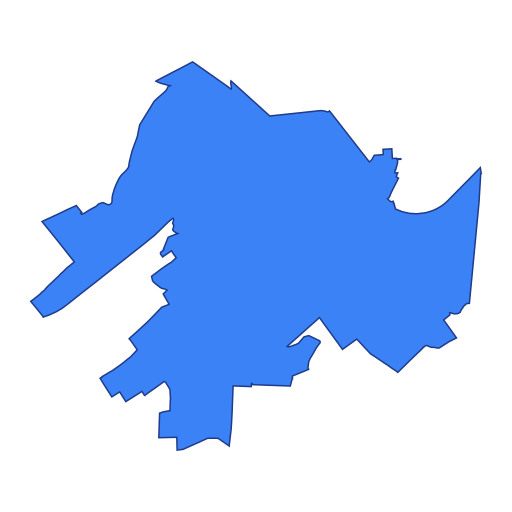 outline of Ovidiu, Constanta, Romania
{"feature_id": "2599482B69987061375361", "entity_name": "Ovidiu", "entity_type": "district", "adm_level": 2, "iso_a3": "ROU", "parent_name": "Romania", "parent_adm1": "Constanta", "projection": "orthographic", "projection_center": [28.5, 44.253], "detail": "fine", "context": "isolated", "style": "filled", "palette": "blue", "viewbox_px": 512, "rotation_deg": 0, "n_neighbors": 0, "source": "geoboundaries", "source_scale": "gbopen_adm2", "svg_char_len": 5881}
<svg xmlns="http://www.w3.org/2000/svg" viewBox="0 0 512 512"><path d="M112.9,193.9L112.4,195.9L112.1,197.9L112.0,201.4L111.9,202.1L111.6,202.9L111.2,203.4L110.3,204.2L109.7,204.6L108.8,204.7L108.3,204.7L107.7,204.6L106.0,203.9L104.3,203.1L103.4,202.7L102.5,202.6L98.6,203.9L96.3,206.2L89.5,209.9L84.3,213.2L82.0,214.2L81.6,214.3L81.2,214.0L80.6,213.1L81.8,212.4L76.3,205.5L75.0,206.1L74.7,206.3L67.5,209.5L61.2,212.6L42.0,221.5L57.7,240.9L74.3,261.9L73.1,262.9L70.9,264.7L70.0,265.5L69.5,266.0L69.1,266.1L68.8,266.3L66.5,268.3L64.6,270.2L62.0,272.7L60.7,273.7L60.1,274.5L57.5,277.1L51.5,282.8L50.3,283.9L49.6,284.5L48.0,286.1L46.9,287.1L46.1,288.1L45.3,289.0L44.6,289.9L44.3,290.3L43.1,291.3L42.6,291.6L41.9,292.1L40.9,293.3L40.6,293.5L40.4,293.8L39.7,294.4L38.7,295.1L38.2,295.5L37.7,296.0L37.3,296.4L35.7,297.5L34.8,298.3L32.3,300.2L30.7,301.3L31.3,302.1L34.5,305.9L38.0,310.2L40.1,312.8L42.9,316.3L43.2,317.1L49.2,315.0L56.2,311.8L61.9,308.5L67.5,304.3L80.8,293.7L96.6,281.4L99.1,279.4L114.5,267.2L117.3,265.0L143.1,244.6L150.4,238.7L154.4,235.5L168.2,222.1L172.9,218.2L173.5,218.9L173.7,219.6L172.6,223.5L173.6,224.9L173.8,225.4L173.2,228.2L172.7,229.5L172.8,229.9L173.1,230.5L173.5,231.0L175.6,232.5L176.6,233.1L177.8,233.5L169.4,236.7L168.1,237.4L163.4,249.2L163.8,249.8L161.0,252.0L160.6,252.5L160.4,253.2L160.7,254.3L162.7,257.0L163.5,256.3L170.5,251.5L171.5,250.8L173.6,254.2L176.2,257.7L171.3,262.3L168.9,263.7L162.4,268.1L151.5,276.3L152.3,279.6L152.5,280.5L153.4,281.9L155.7,284.0L156.9,284.9L160.1,287.4L161.9,288.4L165.0,289.1L167.1,290.1L164.2,293.0L163.2,294.0L169.0,304.1L169.0,304.4L162.0,307.1L161.6,307.3L159.0,310.1L157.8,311.3L153.5,315.8L149.0,320.4L147.5,321.9L144.9,324.3L141.4,327.5L140.7,328.2L139.8,329.0L138.9,329.8L138.7,330.0L136.1,332.4L131.0,336.9L129.1,338.7L131.2,341.2L137.2,349.8L130.8,356.7L127.2,359.5L123.3,362.7L120.0,365.2L115.9,368.1L112.8,370.3L110.9,371.4L108.4,372.9L106.0,374.3L103.8,375.6L102.1,376.6L102.2,376.9L100.9,377.7L100.1,378.2L100.2,378.3L102.8,382.7L111.8,396.9L119.7,391.9L125.8,401.6L126.0,401.5L142.0,391.4L144.4,395.3L144.9,395.5L145.1,395.1L164.2,381.5L164.4,381.7L164.6,381.7L164.9,381.8L165.5,382.4L165.9,382.8L166.0,383.0L167.7,385.7L168.6,387.1L170.0,389.8L170.1,393.0L170.3,395.5L170.4,398.1L170.6,398.4L170.6,399.0L170.4,399.3L170.3,400.8L170.1,405.6L170.0,410.7L169.5,410.7L166.8,411.2L166.1,411.4L165.0,411.5L162.4,412.1L161.6,412.4L160.9,412.7L159.6,413.1L158.8,437.7L176.8,437.3L177.1,450.1L182.9,449.4L189.0,446.7L207.6,438.3L208.0,438.3L209.2,438.2L217.6,438.3L217.9,438.3L218.2,438.4L222.1,441.1L229.2,446.0L229.2,445.9L231.2,428.8L231.3,426.6L231.4,425.5L232.1,412.6L232.4,404.1L233.1,386.0L233.1,385.9L251.3,386.6L251.4,385.2L251.5,384.5L251.4,383.7L251.7,383.4L253.0,384.7L253.4,384.7L290.3,386.0L291.9,379.9L292.0,379.4L292.0,378.9L292.0,378.5L292.5,378.6L292.5,376.0L293.9,375.4L299.6,373.1L308.3,369.5L308.7,369.3L308.7,369.2L308.4,368.8L308.1,368.3L308.0,368.0L308.0,367.4L308.7,361.8L310.0,358.8L313.6,352.7L316.5,347.6L318.9,344.3L319.8,343.2L320.1,342.6L320.1,342.0L320.1,341.6L319.8,341.0L319.4,340.7L312.6,337.4L309.0,335.7L308.7,335.6L304.1,336.8L303.8,337.1L300.9,340.5L298.3,343.4L295.8,344.5L290.3,346.5L287.8,346.9L287.1,346.2L288.7,345.0L310.7,325.4L316.8,320.0L319.4,317.6L319.5,317.7L342.5,349.4L349.1,344.6L355.0,340.4L356.8,339.1L357.2,339.6L358.3,340.7L367.6,350.7L370.2,353.5L371.4,354.4L374.7,356.5L385.6,363.9L388.0,365.4L389.7,366.7L392.4,368.6L395.3,370.5L397.1,371.7L397.7,372.4L398.0,372.2L411.1,359.3L422.3,348.6L423.2,347.3L423.6,347.4L424.3,346.6L425.5,345.8L426.1,345.6L426.6,345.5L427.1,345.6L427.5,345.8L428.6,346.3L429.8,346.8L431.1,347.2L432.2,347.3L435.8,347.6L436.5,347.9L436.9,348.0L439.2,348.0L449.2,341.6L449.6,341.4L453.6,339.4L456.5,337.9L452.7,332.6L445.4,322.3L443.6,320.0L444.1,319.6L449.2,315.5L449.7,315.1L449.6,314.8L450.0,314.0L449.6,312.8L449.6,312.7L450.4,312.7L450.9,312.9L451.9,313.2L452.5,313.4L453.1,313.5L453.4,313.5L453.6,313.7L453.8,313.8L454.0,313.8L454.9,313.9L457.3,313.7L458.6,313.2L460.3,312.2L460.9,310.4L461.0,310.3L461.5,309.6L461.7,309.4L462.0,308.8L462.1,308.6L462.3,308.2L462.8,307.8L463.1,307.3L463.2,306.8L463.2,306.7L463.9,306.0L464.3,305.7L464.5,305.5L464.9,305.3L465.1,305.0L465.5,304.7L465.9,304.1L466.7,303.7L467.5,303.6L468.2,303.4L468.8,303.3L469.4,303.3L479.0,202.5L480.7,174.1L481.3,173.5L481.2,173.4L480.3,167.6L474.3,173.8L469.0,179.2L450.1,198.3L447.9,200.6L445.3,203.0L443.1,204.8L440.6,206.5L437.0,208.6L435.3,209.4L433.6,210.2L431.5,211.0L427.0,212.4L423.9,213.0L416.6,213.8L409.3,213.3L402.2,211.7L395.5,209.0L393.9,203.0L393.5,203.0L393.1,201.2L391.8,201.6L391.4,201.7L391.1,201.7L390.8,201.6L390.5,201.5L390.2,201.3L388.7,199.9L387.4,198.7L389.2,197.4L391.5,192.0L398.5,178.1L396.4,176.9L396.3,176.5L397.3,173.9L397.7,172.8L396.8,173.0L394.8,172.7L395.2,169.8L395.7,169.8L397.6,162.8L397.5,159.5L400.8,159.3L400.7,158.7L396.6,158.9L396.6,158.3L392.5,158.5L392.4,158.5L392.3,157.1L391.8,148.8L383.0,149.3L383.3,154.5L383.2,154.6L374.2,155.3L372.0,159.4L370.8,160.7L369.3,161.9L340.1,124.5L335.9,119.1L329.5,110.9L328.4,111.7L328.3,111.8L328.0,112.0L327.8,112.0L325.9,111.4L325.6,111.3L324.7,111.1L323.2,110.8L321.1,110.6L319.2,110.7L300.8,112.7L272.4,115.7L269.9,116.1L231.0,80.9L230.8,81.7L230.8,83.3L230.9,84.4L231.2,86.0L231.5,87.6L231.4,88.2L231.1,89.1L228.7,87.3L223.0,83.2L218.1,79.8L213.5,76.5L208.3,72.9L193.1,62.2L192.6,61.9L156.3,80.8L155.9,81.2L159.7,82.9L162.3,83.7L167.5,85.1L169.4,85.6L170.4,85.7L170.3,85.8L170.0,85.9L168.5,85.7L166.7,89.5L165.6,90.9L163.6,92.8L157.5,98.1L155.4,100.1L154.2,101.2L152.7,103.7L148.5,110.5L143.8,118.1L139.7,124.8L138.7,129.5L137.4,136.2L136.5,138.9L134.1,145.4L132.1,150.9L129.4,161.7L129.0,164.2L128.5,167.3L126.6,169.9L124.7,171.9L121.6,174.8L119.2,178.1L116.2,184.2L114.2,189.4L113.4,192.2L112.9,193.9Z" fill="#3b82f6" stroke="#1e3a8a" stroke-width="1.5"/></svg>